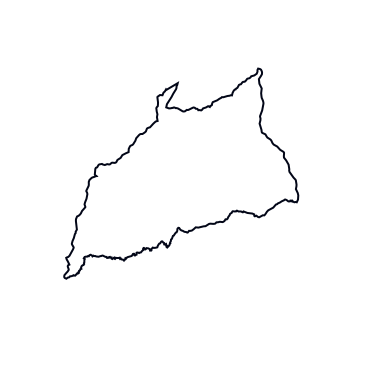 Jericó, Antioquia, Colombia (Natural Earth projection), rotated 32°
{"feature_id": "7082276B41984085227897", "entity_name": "Jericó", "entity_type": "district", "adm_level": 2, "iso_a3": "COL", "parent_name": "Colombia", "parent_adm1": "Antioquia", "projection": "natural_earth1", "projection_center": [-75.766, 5.764], "detail": "fine", "context": "isolated", "style": "outline", "palette": "ink", "viewbox_px": 384, "rotation_deg": 32, "n_neighbors": 0, "source": "geoboundaries", "source_scale": "gbopen_adm2", "svg_char_len": 6075}
<svg xmlns="http://www.w3.org/2000/svg" viewBox="0 0 384 384"><g transform="rotate(32 192 192)"><path d="M286.3,145.2L285.9,142.2L283.9,138.5L282.2,136.8L278.6,134.5L277.5,131.7L276.7,130.3L273.9,127.1L273.2,126.7L270.5,126.0L264.0,123.3L262.9,122.1L262.5,121.2L259.4,117.6L255.1,115.3L251.8,114.1L250.9,112.9L249.4,110.1L249.0,109.7L248.0,109.5L244.4,109.5L240.2,108.3L236.1,108.5L234.2,107.8L232.1,106.4L231.1,106.0L230.2,105.9L227.1,105.9L225.9,105.4L223.7,104.2L220.4,104.6L219.8,104.5L219.3,104.1L217.9,102.4L213.1,98.2L212.0,94.9L211.1,93.3L209.9,92.2L209.5,91.6L208.3,85.7L205.8,79.2L205.0,78.1L203.7,76.9L201.2,75.2L200.1,73.9L198.3,71.6L196.2,67.2L191.8,64.5L188.9,60.8L189.0,57.2L188.9,55.1L188.2,53.7L187.3,52.7L185.7,51.7L184.4,51.7L182.7,52.3L182.9,53.9L183.8,55.3L184.2,57.4L183.1,60.1L180.9,62.5L180.9,63.6L180.6,64.6L180.3,65.2L179.0,66.5L178.8,67.0L178.7,69.1L178.5,69.5L178.3,70.5L176.9,71.6L176.6,72.4L176.4,74.7L175.6,75.5L175.1,76.3L175.3,79.6L174.6,81.0L174.6,82.0L174.1,82.3L173.9,82.9L173.7,83.9L173.9,86.4L174.7,88.9L173.7,89.3L172.9,90.4L171.2,91.8L168.4,95.0L167.1,95.7L166.9,96.6L165.8,98.5L164.8,100.9L162.0,104.8L162.2,106.3L162.8,107.7L162.5,108.6L162.0,109.1L162.1,110.5L161.4,110.6L160.8,110.5L160.2,110.7L159.0,113.0L157.1,115.2L157.0,116.9L156.5,118.0L155.2,118.4L154.0,119.3L153.0,118.8L152.4,118.7L151.0,119.4L149.9,119.1L148.7,119.4L148.1,120.0L145.5,124.2L145.0,124.7L144.1,125.1L143.2,127.4L142.2,128.2L141.4,128.5L135.9,128.6L134.4,129.0L133.8,129.5L132.4,129.6L131.5,130.2L131.2,130.9L130.6,131.2L129.7,132.2L128.2,133.3L125.3,133.9L124.2,130.8L124.3,122.4L124.0,118.5L124.0,113.3L123.7,112.0L122.9,110.6L122.8,109.2L122.2,107.3L116.2,118.9L115.6,118.7L115.7,121.0L115.2,122.8L115.7,125.6L113.5,126.7L112.3,129.5L112.5,130.1L115.7,134.0L116.9,136.1L117.5,137.4L117.2,138.8L117.3,139.8L119.5,142.5L121.5,144.4L122.6,147.1L125.2,150.0L124.1,151.1L123.7,151.9L123.0,154.5L122.1,159.4L121.1,160.5L120.4,161.5L120.2,162.2L120.8,165.1L120.4,166.5L119.3,169.0L117.8,170.0L117.3,170.6L116.9,171.8L116.2,176.0L116.8,178.5L116.8,182.8L116.5,183.7L115.4,185.3L115.2,186.1L115.5,188.9L117.1,191.8L115.4,194.2L113.4,197.6L113.4,200.9L111.8,204.3L112.0,206.9L111.6,207.7L111.0,208.3L108.8,209.4L108.4,209.9L107.7,212.1L107.1,212.6L105.3,213.3L103.8,215.3L102.0,215.9L100.8,215.9L98.8,217.7L98.5,218.3L98.4,219.0L98.5,221.3L97.7,222.4L97.7,223.0L97.8,223.7L100.4,228.8L101.4,229.2L102.3,229.0L102.6,229.1L101.8,229.7L101.5,230.5L99.8,232.5L99.4,233.3L98.7,236.1L99.1,238.1L100.7,240.6L101.1,241.6L101.7,246.9L102.1,247.5L103.2,248.0L104.4,249.2L106.1,253.6L106.8,257.4L107.4,259.4L109.5,261.2L109.6,261.5L108.8,266.4L109.1,268.9L109.0,270.3L108.5,272.1L107.5,273.7L108.0,276.5L108.9,278.1L114.3,284.9L114.4,287.3L115.1,288.5L115.0,289.7L115.3,290.7L116.2,293.7L116.7,297.0L117.5,299.5L117.9,300.0L120.9,301.6L121.2,302.0L121.5,303.8L121.9,310.9L121.5,312.6L120.6,313.7L120.2,314.5L121.5,315.6L123.4,316.6L126.5,318.6L125.8,319.7L125.9,320.7L126.5,321.4L128.3,322.8L128.7,323.4L128.7,325.3L128.3,327.4L127.9,330.2L128.6,331.7L129.1,332.1L129.7,332.3L131.4,332.1L132.0,330.5L133.1,329.3L133.2,328.2L134.7,327.0L135.6,325.4L136.3,325.5L136.8,324.8L137.3,324.7L137.4,323.8L137.7,323.2L137.5,322.3L138.4,321.7L138.7,321.1L138.8,320.8L138.1,320.6L138.1,320.2L138.5,319.5L138.0,318.6L138.5,317.9L138.2,316.5L138.9,315.8L137.9,314.7L137.7,313.2L138.1,312.0L138.7,311.5L138.7,310.2L138.0,309.6L138.0,308.8L136.7,306.6L136.6,305.7L135.4,305.6L135.4,304.3L135.4,304.0L136.2,303.1L137.5,302.2L137.6,301.7L137.9,301.6L138.0,301.2L138.6,301.0L138.6,299.9L139.2,299.0L139.4,298.9L140.8,299.0L141.2,298.8L141.7,299.2L142.0,298.3L142.8,298.3L143.8,297.6L145.0,297.4L147.1,296.4L148.4,294.8L148.9,294.5L149.4,293.7L150.0,293.2L152.9,292.9L154.0,292.3L154.7,292.9L155.0,292.9L156.1,292.0L156.1,291.2L156.8,290.5L157.0,290.6L157.2,291.1L157.9,290.7L158.4,290.2L159.1,291.1L159.9,291.1L160.5,289.4L161.0,289.4L161.1,288.6L161.4,288.6L161.7,289.6L162.2,289.6L162.3,289.2L162.0,288.3L163.2,287.8L164.7,286.9L165.5,286.0L166.4,286.8L166.8,286.1L167.8,286.6L169.3,285.9L170.6,286.2L170.6,285.7L171.3,284.3L171.3,284.0L170.7,283.8L170.6,283.3L171.4,283.2L171.7,281.6L174.6,278.4L174.8,278.1L174.8,275.8L175.5,275.1L175.8,275.1L176.7,276.2L177.3,276.1L177.5,275.4L178.2,274.5L177.2,273.0L177.4,272.5L178.3,272.0L179.5,271.8L179.8,271.1L180.7,270.3L180.9,268.5L181.3,267.3L180.6,266.0L180.6,265.1L180.8,264.9L181.7,264.9L182.7,265.6L183.1,265.0L183.2,263.7L185.0,262.9L186.5,262.9L187.5,263.9L188.5,263.2L188.5,262.8L187.8,261.9L188.2,259.9L189.2,259.7L190.8,258.5L191.9,257.3L191.5,255.6L191.5,253.7L191.6,253.1L192.2,252.4L192.2,250.5L192.6,249.8L193.1,249.6L194.3,250.1L195.4,250.0L196.2,251.2L196.6,251.1L197.5,249.9L198.3,251.0L198.7,251.0L199.0,250.7L199.4,250.8L199.4,252.0L200.4,252.2L200.9,250.0L201.0,248.9L200.6,247.6L200.8,247.0L200.2,246.5L200.1,244.9L199.4,243.4L199.7,242.7L199.7,242.0L199.1,239.4L199.6,238.7L199.7,235.8L200.0,234.5L200.3,234.3L200.1,232.8L199.2,231.1L199.2,230.4L199.4,229.6L200.2,229.3L202.0,230.1L203.3,230.2L204.9,229.8L206.6,229.8L208.4,229.0L209.3,229.0L209.7,228.8L209.9,228.5L210.1,226.5L211.0,226.0L212.3,224.8L213.1,222.8L213.9,220.0L216.3,218.8L220.0,215.0L221.6,213.8L223.4,210.0L224.4,209.1L226.9,207.8L228.2,206.8L228.5,206.3L228.8,204.8L230.2,203.8L231.4,202.5L233.9,201.3L234.4,200.6L234.9,199.4L234.9,197.4L236.0,196.8L236.3,195.7L236.0,193.8L236.2,191.8L235.9,190.6L236.1,189.8L236.7,188.8L236.6,187.2L236.8,186.7L238.9,185.7L239.3,185.1L239.8,184.9L239.9,184.1L240.4,183.9L241.7,183.9L244.0,182.5L245.6,182.4L246.0,182.1L246.0,181.2L250.1,180.4L254.6,178.3L256.6,178.0L257.4,179.2L258.2,179.3L259.1,178.0L261.4,178.2L262.4,177.8L264.4,174.2L265.7,173.5L265.9,172.6L266.0,171.2L266.0,169.0L266.4,167.1L269.2,162.2L269.8,158.2L270.7,157.1L270.9,156.1L272.1,154.4L273.0,152.4L274.4,150.3L274.7,149.3L275.2,148.9L276.5,148.7L278.7,148.9L280.0,148.1L280.0,147.2L281.2,147.1L281.1,146.6L281.3,146.2L282.2,146.4L282.7,146.8L283.3,146.5L284.2,146.5L285.1,145.6L286.3,145.2Z" fill="none" stroke="#020617" stroke-width="2"/></g></svg>